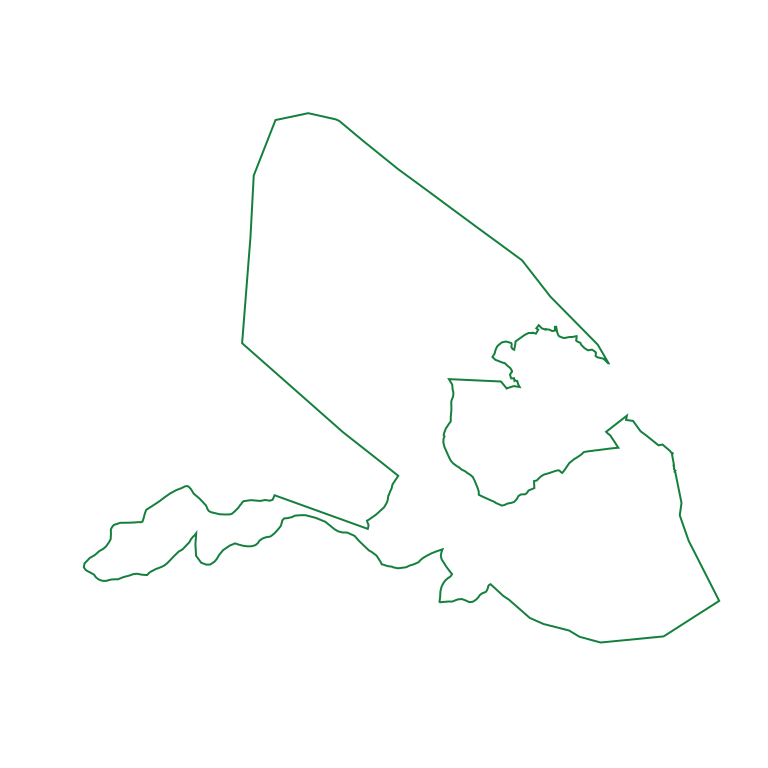 outline of Santa María Chachoápam, Oaxaca, Mexico, rotated 265°
{"feature_id": "50627088B31666946038790", "entity_name": "Santa María Chachoápam", "entity_type": "district", "adm_level": 2, "iso_a3": "MEX", "parent_name": "Mexico", "parent_adm1": "Oaxaca", "projection": "albers", "projection_center": [-97.276, 17.574], "detail": "fine", "context": "isolated", "style": "outline", "palette": "green", "viewbox_px": 768, "rotation_deg": 265, "n_neighbors": 0, "source": "geoboundaries", "source_scale": "gbopen_adm2", "svg_char_len": 5672}
<svg xmlns="http://www.w3.org/2000/svg" viewBox="0 0 768 768"><g transform="rotate(265 384 384)"><path d="M175.3,472.7L163.8,483.2L162.5,484.3L158.4,489.5L138.2,508.9L131.0,522.0L122.3,546.9L115.1,556.8L107.6,577.2L108.2,640.5L109.9,643.9L125.7,674.0L138.1,697.8L138.7,699.0L155.7,692.2L172.3,685.5L188.5,679.0L201.0,673.9L227.4,667.2L239.6,670.0L270.8,666.5L270.9,666.4L271.0,665.9L271.3,665.8L272.3,666.7L274.0,665.4L274.9,665.5L275.6,665.9L277.2,665.3L277.7,665.3L277.9,665.8L288.7,664.8L290.0,665.9L290.2,666.2L290.0,664.6L292.4,663.1L299.4,656.2L299.0,652.1L310.5,640.1L314.5,635.5L325.5,628.9L327.1,622.0L331.3,623.2L317.0,601.1L315.0,602.8L312.9,605.1L311.9,605.5L308.1,607.6L305.4,609.1L302.6,610.5L300.1,611.9L300.0,603.4L299.8,598.8L299.6,593.9L299.4,590.5L299.5,589.6L299.3,585.8L299.2,583.1L298.9,578.2L298.6,576.8L296.9,574.9L295.2,572.0L294.0,569.8L292.5,566.7L290.1,563.2L289.1,561.7L282.5,556.3L279.9,553.8L280.4,553.0L281.4,552.0L282.3,551.4L282.8,550.4L282.7,548.5L282.1,545.7L280.9,541.0L279.8,535.4L278.4,532.5L276.6,530.1L274.6,527.8L274.2,525.0L267.2,524.7L265.3,518.7L262.8,516.7L261.8,514.7L262.0,512.5L262.0,510.6L260.7,508.2L258.0,506.4L256.4,504.8L255.1,503.2L254.5,500.4L254.1,496.5L252.8,492.9L252.7,490.6L255.8,485.0L257.0,483.7L258.1,481.5L262.8,473.1L265.4,468.8L268.8,469.0L272.6,468.1L279.7,465.9L283.7,464.3L286.1,461.9L287.9,459.5L290.0,457.2L292.1,453.7L294.3,451.6L296.0,449.2L298.8,446.1L301.5,444.0L305.3,442.4L315.8,438.8L320.6,438.0L324.6,438.6L326.5,439.7L327.9,439.0L330.1,439.7L332.6,440.9L334.6,441.8L335.5,442.8L338.2,444.8L340.7,447.1L342.0,447.4L344.6,447.5L349.7,448.4L352.4,448.9L360.7,449.5L362.3,450.1L365.4,451.7L369.1,452.4L372.7,451.9L377.4,451.9L383.2,449.1L376.3,500.7L368.8,505.9L369.2,506.8L370.6,513.0L369.2,518.9L371.5,517.8L375.1,517.0L375.0,516.8L376.4,514.9L375.9,514.2L377.3,514.0L378.4,514.0L378.5,511.2L382.2,510.3L385.1,512.3L385.1,512.6L385.7,512.7L388.7,511.3L391.6,508.4L394.3,506.1L394.9,504.1L397.4,499.1L398.3,497.2L401.4,494.4L404.8,496.9L407.2,497.7L409.6,498.8L412.0,500.4L415.1,504.9L415.7,508.8L415.3,510.3L413.9,513.9L413.5,514.4L412.6,514.7L409.6,514.1L407.5,515.3L406.8,516.7L412.3,518.3L414.9,518.7L417.8,523.6L420.6,528.4L422.2,532.4L421.8,536.3L422.1,536.3L422.1,536.8L420.9,539.7L424.7,542.4L426.2,540.6L428.5,542.7L429.1,543.2L425.6,546.2L424.8,548.1L424.1,549.6L424.7,550.0L424.1,551.1L424.0,552.1L423.8,553.4L422.1,556.1L422.3,559.0L426.1,559.3L426.0,560.5L420.8,561.0L418.1,561.6L416.3,562.6L414.4,566.3L414.1,567.6L414.3,569.9L414.6,572.0L414.6,574.0L414.4,575.4L414.9,580.0L413.9,580.0L410.5,579.2L409.3,580.5L407.9,583.2L405.8,583.9L402.2,586.9L399.8,590.1L400.1,594.2L398.5,596.3L397.0,597.8L395.2,597.6L393.5,597.2L392.1,598.7L390.9,602.2L390.2,604.7L388.3,606.5L387.1,607.4L385.0,609.2L385.0,609.6L404.5,600.4L456.6,557.3L495.2,532.3L532.7,489.5L553.2,466.3L576.2,440.3L596.8,416.8L627.4,385.0L650.1,362.2L651.8,359.1L660.4,332.1L656.4,298.9L603.0,272.4L542.1,263.8L437.0,246.2L339.5,339.0L304.5,376.3L291.3,390.2L283.3,383.8L281.0,382.9L280.0,382.8L278.0,381.7L276.2,380.6L273.3,379.3L272.3,378.5L268.4,377.7L265.3,376.3L261.1,373.3L257.7,368.8L254.7,364.9L250.2,357.1L249.3,355.1L247.4,355.5L245.4,356.2L243.7,356.1L241.1,355.2L282.7,265.3L278.5,263.0L277.7,260.4L278.2,257.9L278.8,255.4L278.3,250.5L279.9,241.3L279.5,233.9L278.3,232.4L277.1,231.5L275.7,230.0L273.3,228.0L270.2,224.3L267.9,221.0L267.5,218.3L267.7,216.7L267.9,214.0L268.6,208.8L271.4,200.4L272.7,198.4L275.2,197.1L278.4,196.2L286.1,190.1L289.2,187.0L291.5,184.8L296.0,182.6L298.7,180.5L299.5,179.0L299.4,176.9L297.9,173.2L296.4,167.8L293.7,161.6L290.1,155.3L286.9,150.3L285.2,147.2L283.1,143.3L279.4,136.2L276.4,134.7L270.9,132.7L268.0,131.4L267.5,129.9L267.8,127.3L267.8,124.2L268.0,118.6L268.7,109.1L267.1,102.5L264.9,100.4L262.8,99.2L258.4,98.9L253.3,98.2L250.1,96.1L246.2,92.7L244.1,89.7L242.3,85.7L240.2,83.0L238.5,80.4L236.4,75.8L232.1,70.9L231.4,70.0L227.6,69.0L224.9,70.5L224.6,70.8L223.3,72.5L222.0,74.7L219.3,78.6L216.7,80.0L214.3,82.5L213.0,85.0L212.3,87.3L212.1,90.2L212.6,92.7L213.0,95.6L212.9,99.3L212.6,101.8L213.5,104.8L214.4,107.8L215.3,113.3L216.4,117.5L216.5,121.4L215.1,126.4L214.3,131.3L216.6,133.9L217.7,136.1L218.8,138.8L219.6,140.6L220.3,143.4L220.9,145.5L222.1,148.9L224.4,152.5L227.9,156.5L231.5,160.6L235.1,165.1L236.0,167.2L236.9,169.0L241.5,174.2L243.1,176.1L246.2,178.2L248.6,180.5L249.6,182.0L251.7,183.9L241.0,182.2L229.3,181.8L221.9,186.3L219.5,191.3L219.3,195.1L221.7,199.6L224.2,202.1L228.2,205.0L232.5,209.2L236.5,216.3L238.2,221.8L236.6,225.4L235.2,229.3L234.1,234.3L233.9,238.1L234.7,241.9L236.5,244.5L238.7,246.2L240.0,248.3L240.9,250.1L241.7,253.6L241.9,257.4L243.1,259.4L245.1,262.3L249.3,266.7L251.8,269.0L256.9,270.8L258.7,272.6L258.8,274.3L258.8,276.6L259.3,279.3L259.3,280.5L260.6,283.6L260.6,287.4L260.5,290.4L260.1,294.5L256.6,304.3L251.8,313.6L243.6,322.1L241.2,325.5L239.8,329.4L239.2,334.4L235.3,341.4L229.8,345.5L224.5,350.1L219.6,354.4L217.5,357.4L213.7,361.6L207.3,365.0L204.6,366.0L203.9,368.1L202.3,371.6L201.3,376.1L200.5,377.4L199.2,381.8L199.5,390.0L201.0,394.0L201.6,397.4L203.5,403.0L205.2,404.7L207.2,407.6L209.5,412.4L211.4,417.2L212.9,422.4L214.2,427.9L211.5,426.6L207.9,425.6L204.1,426.2L201.6,427.6L196.8,430.0L191.2,433.5L188.7,435.2L187.3,434.2L186.2,433.1L185.2,431.1L183.0,428.0L180.2,425.6L177.3,423.8L172.8,422.2L166.1,421.2L162.2,420.3L161.7,420.9L161.7,429.2L161.3,432.9L162.3,436.3L163.0,438.9L163.0,442.8L161.2,446.6L159.3,449.9L159.3,453.4L161.2,457.0L163.2,459.3L165.4,461.1L167.0,463.7L167.8,466.8L168.6,467.9L170.3,469.0L171.9,469.8L173.4,470.2L174.4,470.9L175.3,472.7Z" fill="none" stroke="#15803d" stroke-width="2"/></g></svg>